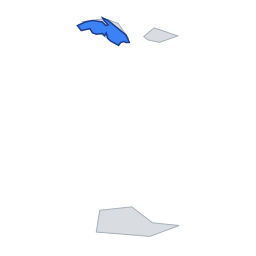 United States Virgin Islands, with Saint Thomas highlighted, rotated 6°
{"feature_id": "VIR-4868", "entity_name": "Saint Thomas", "entity_type": "state/province", "adm_level": 1, "iso_a3": "VIR", "parent_name": "United States Virgin Islands", "parent_adm1": "", "projection": "natural_earth1", "projection_center": [-64.931, 18.346], "detail": "fine", "context": "in_parent", "style": "filled", "palette": "blue", "viewbox_px": 256, "rotation_deg": 6, "n_neighbors": 0, "source": "natural_earth", "source_scale": "10m", "svg_char_len": 715}
<svg xmlns="http://www.w3.org/2000/svg" viewBox="0 0 256 256"><g transform="rotate(6 128 128)"><path d="M140.0,206.0L162.2,219.7L189.0,219.7L161.0,233.5L107.3,234.8L108.5,212.8L140.0,206.0ZM119.0,38.8L99.1,41.5L71.7,27.1L93.3,21.6L107.3,25.0L119.0,38.8ZM167.9,31.2L150.4,39.5L138.6,38.3L134.1,35.3L143.4,25.7L167.9,31.2Z" fill="#d9dde1" stroke="#a8b0b8" stroke-width="1"/><path d="M111.9,43.6L110.0,46.8L101.6,43.3L98.6,41.1L96.3,35.8L95.2,38.7L92.6,36.7L86.9,38.0L82.8,37.1L79.7,33.2L71.3,36.0L67.0,31.4L74.8,26.8L81.5,24.8L91.2,25.2L95.2,28.4L97.5,27.5L93.2,23.8L91.2,21.2L96.9,23.1L106.7,29.5L116.3,35.7L120.3,42.7L117.3,43.2L114.9,42.4L111.9,43.6Z" fill="#3b82f6" stroke="#1e3a8a" stroke-width="1.5"/></g></svg>